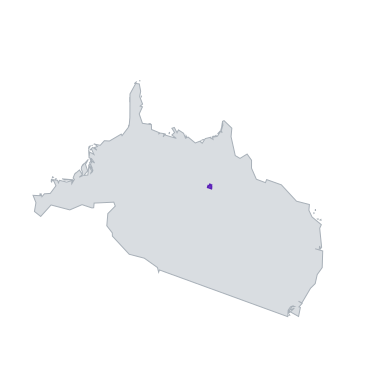 location of Kiowa, Oklahoma, United States of America, rotated 200°
{"feature_id": "52423323B11344178006251", "entity_name": "Kiowa", "entity_type": "district", "adm_level": 2, "iso_a3": "USA", "parent_name": "United States of America", "parent_adm1": "Oklahoma", "projection": "equal_earth", "projection_center": [-99.105, 34.859], "detail": "fine", "context": "in_parent", "style": "filled", "palette": "violet", "viewbox_px": 384, "rotation_deg": 200, "n_neighbors": 0, "source": "geoboundaries", "source_scale": "gbopen_adm2", "svg_char_len": 4274}
<svg xmlns="http://www.w3.org/2000/svg" viewBox="0 0 384 384"><g transform="rotate(200 192 192)"><path d="M300.7,133.4L320.0,131.6L325.8,117.3L333.4,119.8L335.0,128.6L340.2,134.5L333.1,136.7L333.0,138.3L331.4,136.2L330.1,139.8L324.7,142.2L322.0,151.3L325.8,155.2L327.9,154.7L327.1,153.0L327.9,153.8L328.4,155.7L322.2,157.0L320.7,154.9L320.4,157.7L313.2,158.4L308.1,162.1L308.4,160.0L307.8,158.6L306.8,163.6L308.5,164.5L308.4,168.7L305.3,174.2L301.0,170.8L303.0,167.3L300.6,169.7L302.0,173.5L303.9,175.7L304.4,178.2L300.6,187.2L301.5,181.5L297.3,176.2L299.2,170.6L295.7,172.3L297.7,180.6L294.0,178.1L292.8,178.3L293.6,175.7L293.5,175.0L292.5,177.0L292.6,178.7L298.3,181.9L297.2,183.4L294.5,180.5L293.6,180.0L296.9,183.5L298.3,184.2L297.7,186.3L295.9,184.7L298.8,187.9L298.2,188.3L296.8,186.7L293.4,185.9L297.8,189.0L300.4,188.9L303.7,196.7L300.9,190.7L301.9,194.6L296.9,193.7L300.8,197.6L302.4,196.5L300.5,200.0L295.7,198.7L298.8,200.6L296.4,202.3L299.4,203.7L294.2,204.5L291.9,210.2L287.0,211.7L278.3,222.2L277.0,221.0L274.0,230.7L273.8,233.1L275.8,240.6L283.8,262.9L282.0,274.8L278.5,275.5L274.7,269.1L273.8,263.8L268.5,257.7L270.1,255.0L267.7,255.1L268.3,247.3L262.1,239.6L253.2,241.4L251.4,236.9L242.5,236.5L243.5,234.8L242.0,236.5L238.1,237.3L237.9,233.9L237.3,236.3L225.1,237.0L230.4,238.7L228.7,241.9L232.7,245.0L230.7,246.6L226.3,242.5L226.0,245.7L220.0,244.3L216.5,240.3L214.5,242.3L205.7,239.2L200.6,243.6L201.9,242.4L199.1,241.3L197.8,246.7L192.5,250.3L193.7,249.2L190.2,248.6L191.4,250.5L187.3,252.9L185.8,259.0L183.9,258.0L185.5,259.7L185.8,265.3L187.5,268.8L186.3,270.0L176.4,265.6L174.2,257.3L163.8,241.0L158.4,240.0L153.2,246.5L146.9,242.2L144.2,234.7L135.9,226.0L126.2,225.9L126.1,229.2L110.5,229.3L90.7,219.1L77.4,220.4L75.9,214.8L70.7,209.6L59.3,205.5L59.6,201.6L51.3,184.4L51.8,182.6L53.6,184.9L52.7,181.1L56.9,180.8L49.0,181.3L43.8,165.5L46.1,157.2L44.9,148.0L47.7,142.1L50.8,125.4L54.6,125.8L50.4,125.0L52.2,120.6L50.7,120.6L49.3,111.5L58.6,113.0L56.1,117.8L59.7,114.4L58.9,118.4L56.5,119.4L58.1,119.6L60.1,117.9L61.2,113.8L59.4,107.6L195.9,107.6L195.9,105.2L198.6,109.2L214.2,113.5L229.7,112.0L251.7,123.3L252.9,126.3L260.5,131.1L263.7,142.9L259.3,152.5L262.0,155.7L280.2,148.1L279.0,143.6L280.6,142.8L291.0,142.5L300.7,133.4ZM315.6,160.4L318.7,159.9L308.0,162.8L316.7,159.3L315.6,160.4ZM59.6,111.4L60.5,114.0L60.4,114.4L58.9,112.5L59.6,111.4ZM187.3,267.8L186.0,262.8L186.1,260.0L186.3,263.0L187.3,267.8ZM333.9,137.0L334.1,138.4L333.5,138.1L333.9,137.0ZM216.7,241.7L216.9,242.9L215.9,241.9L216.7,241.7ZM63.5,210.0L64.9,209.4L65.0,209.5L63.5,210.0ZM62.1,209.5L61.5,210.3L61.1,209.6L62.1,209.5ZM325.1,157.2L324.3,158.1L324.1,157.9L325.1,157.2ZM186.8,257.4L186.1,259.6L187.9,255.3L186.8,257.4ZM281.4,255.5L283.0,259.9L281.2,255.1L281.4,255.5ZM70.1,213.5L70.6,214.7L70.0,213.6L70.1,213.5ZM282.6,275.5L281.6,276.9L283.2,274.0L282.6,275.5ZM304.3,199.3L303.2,200.9L303.9,197.0L304.3,199.3ZM58.6,109.4L58.5,110.1L58.0,109.7L58.6,109.4ZM191.5,251.4L189.6,252.4L191.5,251.1L191.5,251.4ZM328.1,157.6L328.2,158.6L327.3,158.4L328.1,157.6ZM69.8,216.8L70.2,218.2L69.6,216.9L69.8,216.8ZM189.1,253.3L188.3,253.8L189.0,253.0L189.1,253.3ZM304.1,179.9L303.0,182.1L304.2,179.1L304.1,179.9ZM200.1,244.6L198.8,245.5L200.6,244.0L200.1,244.6ZM274.3,231.9L274.2,233.7L274.0,232.4L274.3,231.9ZM299.9,203.9L299.5,204.3L300.6,203.0L299.9,203.9ZM256.4,241.0L254.9,242.0L254.3,241.8L256.4,241.0ZM237.5,237.0L237.2,237.3L236.3,237.3L237.5,237.0ZM272.2,264.0L272.5,265.3L271.9,263.7L272.2,264.0ZM233.7,239.5L233.5,240.7L233.3,238.6L233.7,239.5ZM279.3,278.7L278.5,278.8L279.7,278.4L279.3,278.7ZM308.2,169.4L307.7,170.5L308.3,169.0L308.2,169.4ZM302.3,201.3L301.8,201.7L301.7,201.6L302.3,201.3Z" fill="#d9dde1" stroke="#a8b0b8" stroke-width="1"/><path d="M179.0,203.6L179.0,201.9L179.0,201.7L178.9,201.6L178.7,201.7L178.5,201.8L178.5,201.7L178.4,201.7L178.4,201.8L178.3,201.7L176.7,201.7L175.0,201.7L174.8,201.7L174.8,201.8L175.0,201.9L175.0,202.1L175.2,202.4L175.2,202.5L175.2,202.9L175.4,203.1L175.4,203.3L175.3,203.5L175.5,203.6L175.6,203.8L175.8,203.8L176.0,203.5L176.2,203.8L176.2,204.0L176.0,204.3L176.1,204.5L176.5,204.7L176.8,204.8L176.7,204.8L176.4,205.1L177.0,205.1L177.0,205.4L177.9,205.4L177.9,203.6L179.0,203.6Z" fill="#8b5cf6" stroke="#5b21b6" stroke-width="1.5"/></g></svg>